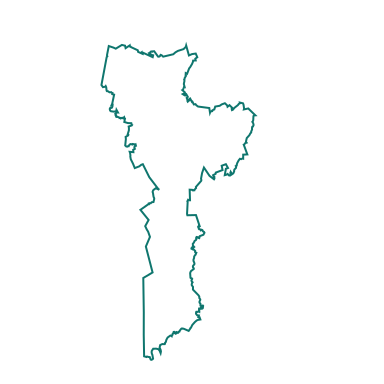 Jalpa de Méndez, Tabasco, Mexico, rotated 170°
{"feature_id": "50627088B16392647790801", "entity_name": "Jalpa de Méndez", "entity_type": "district", "adm_level": 2, "iso_a3": "MEX", "parent_name": "Mexico", "parent_adm1": "Tabasco", "projection": "equal_earth", "projection_center": [-93.099, 18.238], "detail": "fine", "context": "isolated", "style": "outline", "palette": "teal", "viewbox_px": 384, "rotation_deg": 170, "n_neighbors": 0, "source": "geoboundaries", "source_scale": "gbopen_adm2", "svg_char_len": 6063}
<svg xmlns="http://www.w3.org/2000/svg" viewBox="0 0 384 384"><g transform="rotate(170 192 192)"><path d="M254.9,115.8L260.4,81.7L264.3,59.9L267.7,38.5L265.5,37.4L264.9,37.8L263.3,37.0L262.3,36.8L261.8,34.2L261.3,33.8L260.1,34.0L259.3,34.6L259.3,38.5L259.6,39.7L259.6,41.3L259.2,42.5L257.4,44.4L254.4,43.9L252.5,43.1L251.5,41.5L250.9,38.8L250.3,40.3L250.3,41.9L250.9,44.5L249.9,46.8L247.7,47.4L245.3,46.9L244.9,47.3L244.8,48.1L243.8,48.9L242.9,50.9L241.3,52.9L238.2,54.4L237.6,54.2L237.0,53.5L236.6,54.4L235.9,54.8L235.7,55.7L235.4,56.1L234.9,56.3L234.2,56.2L234.2,57.4L233.8,57.4L233.3,56.9L233.1,55.8L232.8,55.3L232.3,55.4L232.2,56.2L231.6,56.8L231.4,56.7L231.1,55.8L230.0,55.8L229.4,56.7L228.6,56.7L228.0,57.7L226.3,59.2L225.5,59.4L225.0,59.0L224.1,58.9L219.4,55.8L217.7,57.5L217.3,58.2L216.7,58.4L214.8,61.0L211.8,63.4L209.6,64.7L208.4,65.0L205.9,65.0L206.3,67.3L207.2,67.3L207.6,67.7L206.7,69.2L208.3,69.7L209.2,71.4L208.8,73.0L208.5,73.3L207.2,72.9L206.3,73.4L205.6,72.8L205.4,73.6L205.6,74.6L205.3,75.9L204.4,75.6L203.6,76.6L202.5,76.7L202.3,76.2L202.6,75.4L202.0,75.4L201.5,75.8L200.8,78.0L201.0,78.3L203.0,78.4L203.4,78.7L203.1,80.6L203.7,81.5L203.8,82.0L203.6,82.9L202.7,84.1L202.5,84.8L203.2,86.3L203.0,87.8L203.5,89.1L208.0,95.7L207.5,98.4L208.4,100.2L208.4,100.8L207.8,102.3L207.1,103.0L207.8,104.0L207.9,105.0L206.9,106.4L207.2,107.0L208.1,107.4L208.4,107.8L207.9,112.4L207.5,113.3L206.7,114.3L203.6,115.9L203.5,116.5L204.1,117.7L204.0,118.7L203.6,119.3L202.3,120.3L202.0,121.1L202.1,122.3L202.5,123.8L202.3,125.1L201.4,126.7L201.1,128.0L200.2,129.1L199.4,129.6L198.3,131.4L199.3,132.0L199.4,132.4L199.1,133.4L200.4,135.2L201.2,135.3L202.4,136.3L202.2,136.7L201.4,136.4L201.3,137.6L201.0,137.8L200.1,137.1L199.4,137.5L200.4,139.1L200.2,140.8L199.0,141.8L197.9,143.4L196.5,144.0L195.7,145.1L196.0,145.9L195.3,146.9L193.6,146.3L193.5,145.6L192.9,145.3L192.0,147.2L188.2,147.9L186.8,149.7L187.1,150.6L188.0,151.3L188.4,152.7L189.1,153.2L190.0,152.7L190.5,153.8L191.1,154.2L191.5,154.2L191.7,154.6L191.5,155.8L191.9,156.0L192.0,156.5L191.0,156.8L191.3,157.4L191.0,158.0L190.5,157.7L192.1,168.6L200.6,169.9L200.7,171.2L198.0,183.0L198.2,183.6L197.2,185.0L196.6,184.4L195.4,184.2L193.9,194.7L191.4,194.1L190.7,193.3L190.0,193.6L189.3,193.3L188.9,194.0L187.3,195.2L187.3,196.3L181.0,201.4L180.7,202.1L180.8,203.5L178.8,208.9L176.0,214.0L171.9,204.8L168.1,200.7L167.6,201.3L167.4,203.0L167.9,203.1L168.3,204.9L165.6,205.8L165.2,207.0L158.1,208.3L158.2,212.7L153.8,213.5L152.4,209.4L154.6,209.0L156.8,202.9L155.0,203.1L153.8,203.6L152.7,201.9L151.7,201.6L151.1,202.2L150.8,204.5L150.4,204.6L150.3,204.9L150.0,204.2L149.8,202.4L148.1,203.2L146.9,205.0L146.7,206.1L146.3,206.8L144.6,208.0L144.0,209.5L144.3,210.0L143.3,210.5L143.2,211.1L142.4,212.7L140.5,215.1L139.0,216.4L137.9,215.8L136.3,216.3L135.8,216.0L135.1,219.9L131.0,219.4L132.8,229.6L132.3,229.7L131.1,230.9L129.7,231.1L130.1,231.9L130.1,232.3L128.7,235.6L125.6,238.0L124.4,239.6L123.4,240.3L123.2,241.3L122.0,243.1L121.8,244.6L121.3,245.8L120.6,245.9L119.7,247.3L119.8,249.2L120.4,250.6L119.7,251.2L119.2,252.2L118.3,256.1L117.6,256.6L116.3,256.5L122.1,264.5L126.6,264.3L126.2,265.2L126.1,269.2L126.4,270.5L129.4,271.8L129.4,271.0L130.7,270.6L131.7,269.6L135.5,267.6L137.5,265.9L138.4,265.7L138.5,267.0L137.7,267.8L140.0,271.0L142.2,269.8L142.3,271.0L142.7,271.7L144.2,273.7L147.6,273.1L149.7,272.1L154.3,272.1L155.7,269.4L156.6,269.3L158.0,268.7L158.1,268.1L159.9,268.0L160.5,267.0L160.4,271.7L171.2,275.1L172.7,276.7L173.3,277.9L175.0,277.9L175.9,280.9L176.4,280.7L177.6,284.4L178.6,283.9L178.4,283.0L180.5,281.7L180.7,282.4L180.5,283.5L180.9,285.6L179.6,286.4L180.6,289.1L181.4,288.5L181.7,289.3L182.6,288.6L184.1,290.0L181.7,290.7L181.8,291.5L183.8,294.0L183.2,294.2L182.1,295.9L181.3,297.6L181.1,297.4L181.3,299.8L180.1,302.8L180.2,304.1L179.7,304.5L179.5,305.4L177.8,307.4L178.1,307.7L177.5,310.2L176.3,309.3L173.3,314.3L172.2,315.2L169.7,318.1L168.5,320.0L168.1,321.2L165.5,320.9L165.6,322.7L163.4,323.8L164.3,327.7L168.1,327.8L171.3,327.0L172.3,337.3L172.9,336.0L175.5,334.2L181.4,333.4L184.1,332.4L186.5,330.9L196.9,330.3L198.2,332.0L199.1,332.5L200.1,331.3L201.0,331.0L201.9,331.2L204.8,337.2L206.0,337.3L206.7,337.0L207.1,337.1L207.1,337.4L207.9,337.5L208.9,336.9L209.3,336.3L210.2,336.2L210.1,335.9L209.6,335.9L209.0,334.6L208.6,334.7L207.9,334.0L206.5,333.4L207.3,331.6L216.1,337.7L216.5,336.5L218.3,337.7L218.2,337.9L218.4,337.8L220.7,339.3L220.8,341.0L226.8,345.2L227.4,346.1L227.7,345.9L228.5,346.5L228.3,347.0L232.4,345.2L232.5,347.7L235.5,349.0L242.2,346.4L244.2,347.8L248.6,350.2L252.0,341.4L251.8,340.3L252.6,339.7L262.6,313.1L261.5,310.7L259.0,310.8L258.6,311.2L258.3,310.1L258.5,306.7L258.3,306.1L257.4,305.9L255.9,304.5L254.2,304.3L254.0,303.8L253.1,303.3L253.5,302.2L251.8,301.4L255.2,292.9L256.2,291.4L255.1,291.5L255.5,290.1L256.1,289.1L256.6,288.8L257.9,289.0L258.3,288.6L258.6,288.0L258.5,286.4L257.8,285.6L255.0,284.7L252.7,284.7L252.5,284.9L252.1,286.0L251.1,283.1L252.1,283.3L253.9,282.4L253.4,280.9L253.9,280.8L253.5,279.1L252.0,278.8L250.5,277.8L250.5,277.4L249.3,277.3L249.3,276.9L247.5,277.1L247.3,276.7L246.9,276.7L245.8,277.5L245.6,276.3L245.8,275.7L245.4,275.6L246.5,272.7L243.1,271.0L239.8,270.3L239.7,268.7L239.4,268.4L239.8,268.0L243.0,267.5L243.0,266.1L243.4,263.8L245.4,259.8L244.8,259.3L245.1,258.8L247.8,257.8L247.9,255.7L249.7,249.4L248.8,248.2L247.6,247.9L247.2,248.2L246.4,248.1L246.2,248.7L244.4,249.9L242.4,249.1L242.2,249.6L240.6,249.1L240.0,248.4L239.3,248.7L239.2,247.3L239.9,247.3L241.0,246.2L240.8,244.4L242.6,243.8L242.8,241.4L246.4,242.4L246.2,241.1L246.3,238.7L246.6,237.6L246.6,234.9L245.2,230.2L244.2,225.5L239.5,226.4L237.3,227.6L235.6,227.9L231.5,214.0L225.1,201.6L223.9,199.9L227.0,202.0L229.6,200.7L230.3,199.9L230.8,198.9L230.6,197.9L230.7,194.0L230.3,192.4L230.5,191.5L231.7,188.8L233.5,188.9L234.6,188.1L235.7,188.3L236.3,187.6L236.8,188.0L237.4,186.9L237.4,187.4L245.9,183.4L239.6,172.0L244.0,166.5L243.0,162.8L242.1,160.6L241.2,155.1L246.9,146.3L244.8,119.6L254.9,115.8Z" fill="none" stroke="#0f766e" stroke-width="2"/></g></svg>